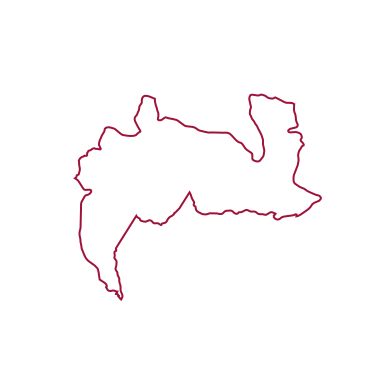 map outline of Ucayali (Natural Earth projection), rotated 122°
{"feature_id": "PER-583", "entity_name": "Ucayali", "entity_type": "Department", "adm_level": 1, "iso_a3": "PER", "parent_name": "Peru", "parent_adm1": "", "projection": "natural_earth1", "projection_center": [-73.422, -9.375], "detail": "fine", "context": "isolated", "style": "outline", "palette": "rose", "viewbox_px": 384, "rotation_deg": 122, "n_neighbors": 0, "source": "natural_earth", "source_scale": "10m", "svg_char_len": 6054}
<svg xmlns="http://www.w3.org/2000/svg" viewBox="0 0 384 384"><g transform="rotate(122 192 192)"><path d="M157.3,90.6L155.7,91.4L156.1,92.4L158.0,93.7L164.2,101.1L165.5,102.2L167.0,102.9L168.7,103.5L170.1,104.9L170.6,107.0L170.1,109.1L168.5,110.2L167.0,109.6L166.2,109.6L166.2,110.6L166.7,113.2L167.0,114.0L168.4,115.2L170.4,116.1L172.2,117.2L173.0,119.0L173.3,120.2L174.9,122.7L175.4,124.0L175.4,125.0L175.2,127.1L175.3,128.1L175.9,129.4L177.3,131.5L177.7,132.9L177.9,135.2L178.3,136.2L178.9,136.9L182.7,139.3L183.2,139.8L184.0,141.0L184.4,141.5L184.9,141.7L185.9,141.8L186.3,142.0L187.0,142.8L187.3,143.8L187.4,144.9L186.9,147.4L186.9,148.4L187.2,149.3L189.3,152.3L190.1,153.3L191.1,153.9L193.8,154.6L194.7,155.1L195.6,156.1L196.1,157.1L196.9,159.4L200.6,165.6L201.3,166.2L203.0,167.6L203.6,168.3L204.9,170.6L205.2,171.5L205.7,176.1L205.5,177.7L205.1,178.8L204.6,179.5L202.5,181.4L202.5,183.0L202.2,183.6L201.5,184.0L200.1,184.4L199.5,184.8L199.0,185.7L198.2,187.4L197.1,189.1L194.7,192.0L193.6,193.9L212.6,194.0L218.4,195.3L219.0,195.8L219.3,195.9L220.0,195.5L221.0,195.7L222.9,196.4L224.8,197.5L225.7,197.8L227.8,198.1L230.7,197.9L231.7,198.1L232.6,198.7L233.9,200.0L234.7,200.7L236.2,200.6L236.5,201.1L236.5,203.2L236.6,204.4L237.1,205.3L238.4,207.1L238.7,208.0L238.5,209.1L237.9,211.2L238.5,213.2L241.8,215.6L242.8,217.8L243.3,219.6L243.4,220.1L243.3,220.8L242.6,221.8L242.3,222.4L242.3,225.5L241.7,226.6L279.7,226.7L280.6,226.4L281.0,226.0L281.5,225.3L282.2,225.2L282.7,225.4L283.4,226.0L284.0,225.9L285.0,225.4L286.6,223.9L288.9,223.0L289.5,221.9L290.0,220.7L290.6,219.5L291.4,218.8L294.5,217.2L297.5,216.3L298.3,215.5L298.7,214.9L299.3,213.5L299.7,212.8L302.0,210.9L303.3,208.7L304.1,207.7L306.5,206.2L307.4,205.3L309.2,203.2L310.2,202.4L313.3,200.4L314.2,199.4L315.8,197.0L316.8,196.0L317.7,195.5L318.7,195.3L320.7,195.1L320.7,195.8L320.2,196.9L320.0,197.8L319.8,198.5L318.9,198.9L319.2,199.7L318.6,199.9L318.2,200.4L318.2,201.1L318.8,202.4L318.3,202.6L317.5,202.3L316.0,202.5L316.4,203.5L316.8,205.3L317.1,206.3L317.6,207.1L319.0,208.4L319.5,209.2L319.8,210.3L319.8,211.3L319.4,212.3L318.7,213.5L318.5,214.2L318.3,214.5L318.1,214.5L317.6,214.2L317.3,214.2L316.4,214.9L316.0,215.4L315.7,216.0L315.3,218.2L315.2,223.9L309.0,229.2L307.5,230.8L306.8,231.9L305.9,235.6L305.4,243.2L305.0,245.0L304.4,246.8L302.9,249.4L298.4,255.6L297.2,256.6L296.4,257.2L293.5,260.0L291.1,261.7L288.4,264.3L286.5,265.6L285.6,266.1L281.5,267.5L260.6,279.9L259.0,280.4L252.4,280.7L251.3,280.4L250.9,280.1L248.9,278.4L248.1,278.0L247.1,277.7L245.4,277.6L244.5,278.0L244.1,278.5L244.1,279.7L246.6,283.4L247.0,284.3L247.0,285.0L246.8,285.9L243.4,293.0L242.8,294.4L242.5,295.5L242.4,297.2L242.4,298.5L241.6,298.1L240.5,298.0L239.3,298.4L238.8,298.5L237.4,297.5L237.0,297.4L236.6,297.6L233.3,298.6L231.6,299.5L228.5,302.3L227.4,302.9L225.8,304.3L225.3,304.6L223.7,304.8L221.6,304.4L221.0,304.1L220.5,303.8L219.4,302.9L219.0,302.6L218.5,302.6L218.1,302.4L217.4,300.8L217.0,300.5L216.1,300.6L214.7,301.5L214.2,301.6L213.6,301.5L212.1,301.6L211.5,301.3L210.4,300.2L209.9,300.0L208.0,299.3L206.8,298.2L206.6,297.7L206.5,296.6L205.4,294.9L204.9,293.1L204.6,292.6L204.2,292.2L203.6,292.4L203.3,292.8L201.6,295.5L201.2,295.9L200.8,296.2L199.3,296.9L197.5,297.5L191.4,298.4L188.0,298.4L186.7,298.6L184.6,299.4L183.2,299.0L182.3,298.3L181.2,296.9L180.5,295.3L179.6,292.0L179.4,290.8L180.4,283.5L180.4,281.5L180.4,281.1L178.8,277.2L177.1,273.9L175.3,271.3L174.6,270.6L173.4,269.7L170.7,269.0L169.7,268.6L168.7,268.0L168.0,267.9L167.4,268.5L165.5,272.2L162.0,278.0L160.7,279.2L160.0,279.6L159.3,279.9L157.9,279.9L155.8,279.6L155.1,279.7L152.9,280.2L151.4,280.3L148.9,281.1L148.0,281.7L147.3,281.9L146.3,282.0L143.6,281.8L142.7,282.0L140.4,283.4L138.5,284.0L137.1,283.9L136.2,283.5L135.5,283.0L134.2,280.8L134.0,280.1L133.5,278.1L132.6,272.9L134.6,271.6L137.1,269.2L139.8,266.0L140.9,265.0L142.8,262.6L143.6,261.9L145.7,260.6L147.8,259.8L148.4,259.5L148.7,258.9L148.7,258.2L148.0,256.9L147.5,256.4L146.8,255.9L143.4,254.5L142.9,254.1L142.5,253.6L141.9,251.0L141.0,248.7L140.6,247.9L139.2,243.6L139.0,241.9L139.6,233.9L139.5,232.5L138.9,231.0L136.6,226.3L135.9,223.8L135.9,221.8L136.1,219.7L135.8,217.9L133.9,212.2L132.9,209.6L132.3,208.6L131.2,207.1L125.0,196.6L124.2,195.5L123.4,194.2L122.7,192.1L122.6,191.4L122.6,190.4L123.1,188.0L124.4,183.4L124.9,180.9L125.0,178.9L124.4,176.5L124.5,175.2L124.9,174.1L125.6,172.6L126.9,169.5L127.2,167.7L127.4,162.3L127.6,161.7L127.8,161.2L128.1,160.8L131.2,158.9L132.1,158.1L132.3,157.6L132.5,156.9L132.4,155.8L132.2,154.6L131.6,153.0L131.4,152.5L130.7,151.8L129.9,151.2L129.4,151.0L124.5,150.5L123.4,150.6L122.0,151.1L118.6,152.6L117.9,153.2L113.8,157.2L110.9,158.9L109.8,159.8L107.5,162.5L105.9,164.8L103.0,169.8L101.9,171.4L101.2,172.8L100.6,174.5L99.3,176.7L98.9,177.8L98.1,179.9L97.8,180.4L96.4,182.2L95.4,184.0L94.7,184.6L93.7,185.2L91.6,186.2L90.5,186.5L89.2,186.7L88.7,187.0L83.1,192.5L81.4,193.4L80.3,193.7L78.7,193.7L78.1,193.1L77.5,192.4L75.3,187.3L74.3,186.2L72.7,184.9L72.4,184.2L72.1,183.2L71.7,181.4L71.6,180.4L71.8,178.3L71.6,176.4L70.5,173.8L70.0,173.1L69.5,172.6L68.0,171.8L67.6,171.2L66.8,161.2L66.6,160.3L66.3,159.2L64.2,155.7L63.5,154.1L63.3,151.9L68.0,149.3L70.0,147.5L71.4,145.6L72.9,144.2L76.1,141.7L77.0,140.7L78.2,138.9L78.9,138.0L79.7,137.6L80.7,137.5L81.5,137.7L82.2,138.1L86.2,142.0L87.0,142.5L88.0,142.9L89.0,142.9L89.6,142.4L89.8,141.6L89.6,140.8L89.3,140.1L86.8,136.7L86.0,135.4L85.7,134.6L85.2,132.5L85.2,131.4L85.3,130.4L85.8,129.4L86.5,128.7L87.3,127.9L88.6,127.6L90.3,127.5L90.7,127.1L91.1,126.4L91.7,123.9L92.2,122.9L92.8,122.2L93.3,122.1L94.6,122.9L100.6,122.9L102.8,122.3L105.0,121.2L107.7,119.0L109.3,118.1L113.1,116.6L123.9,114.5L125.1,114.0L128.1,112.2L128.9,111.5L129.6,110.8L130.0,110.0L130.3,109.2L130.4,108.3L130.6,103.4L129.8,98.5L130.0,95.0L129.9,93.1L128.8,85.7L127.8,82.5L127.8,81.5L128.2,80.3L128.7,79.6L129.4,79.2L130.1,79.2L132.0,79.5L136.5,82.7L138.7,83.5L142.0,83.6L143.2,83.8L145.6,84.5L153.3,87.8L155.5,89.0L156.1,89.4L157.3,90.6Z" fill="none" stroke="#9f1239" stroke-width="2"/></g></svg>